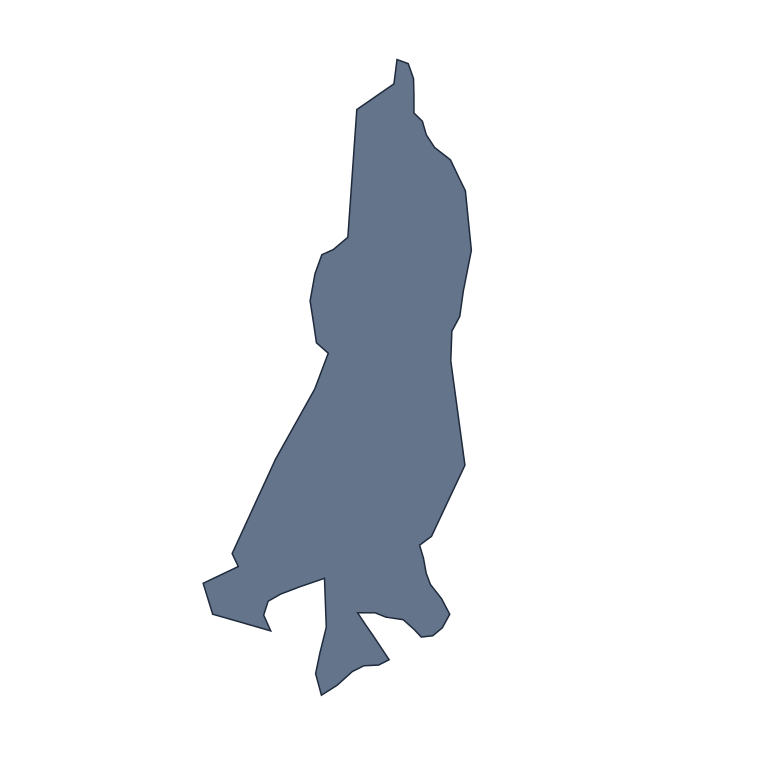 the district of São José do Sul, Rio Grande do Sul, Brazil, rotated 195°
{"feature_id": "56859067B49166380308461", "entity_name": "São José do Sul", "entity_type": "district", "adm_level": 2, "iso_a3": "BRA", "parent_name": "Brazil", "parent_adm1": "Rio Grande do Sul", "projection": "equal_earth", "projection_center": [-51.488, -29.554], "detail": "fine", "context": "isolated", "style": "filled", "palette": "slate", "viewbox_px": 768, "rotation_deg": 195, "n_neighbors": 0, "source": "geoboundaries", "source_scale": "gbopen_adm2", "svg_char_len": 959}
<svg xmlns="http://www.w3.org/2000/svg" viewBox="0 0 768 768"><g transform="rotate(195 384 384)"><path d="M507.1,144.7L489.9,117.3L429.5,116.2L440.4,129.6L439.7,144.2L429.5,154.3L412.9,166.3L391.2,180.9L376.8,134.1L376.3,107.5L375.1,86.5L363.9,67.2L351.3,80.9L340.2,98.0L330.6,106.6L316.5,111.1L307.7,119.0L328.9,137.7L339.2,146.4L350.3,156.2L333.3,160.7L321.8,159.3L304.5,161.3L291.5,154.8L282.5,149.2L271.8,153.4L264.6,163.5L260.9,178.6L272.8,191.5L287.3,202.4L294.3,212.2L300.8,226.0L307.9,237.5L298.7,249.2L284.8,326.5L325.5,423.7L332.1,452.5L328.3,469.0L331.4,494.0L334.2,535.7L355.4,591.7L364.4,602.0L377.8,617.7L396.3,625.5L407.6,635.6L414.9,647.7L425.2,653.5L430.1,671.7L434.5,686.6L443.5,699.7L455.4,700.8L452.1,676.5L481.3,642.1L456.9,516.4L467.8,500.7L477.5,492.8L479.2,472.7L476.9,445.2L466.8,422.3L459.9,406.3L445.8,399.3L449.6,361.2L469.3,283.4L486.8,180.9L477.5,170.0L507.1,144.7Z" fill="#64748b" stroke="#1e293b" stroke-width="1.5"/></g></svg>